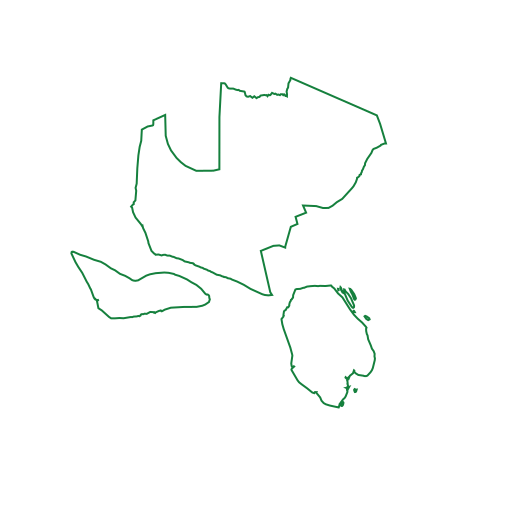 Bengkalis, Riau, Indonesia, rotated 156°
{"feature_id": "22746128B45456061674897", "entity_name": "Bengkalis", "entity_type": "district", "adm_level": 2, "iso_a3": "IDN", "parent_name": "Indonesia", "parent_adm1": "Riau", "projection": "equal_earth", "projection_center": [102.003, 1.525], "detail": "fine", "context": "isolated", "style": "outline", "palette": "green", "viewbox_px": 512, "rotation_deg": 156, "n_neighbors": 0, "source": "geoboundaries", "source_scale": "gbopen_adm2", "svg_char_len": 6111}
<svg xmlns="http://www.w3.org/2000/svg" viewBox="0 0 512 512"><g transform="rotate(156 256 256)"><path d="M350.0,351.9L349.5,350.6L350.5,346.0L350.4,340.1L348.1,331.6L347.8,329.4L347.4,329.6L347.8,327.3L347.6,322.1L348.5,313.2L349.0,311.5L349.4,303.2L348.1,299.7L347.2,298.4L347.2,298.0L344.4,297.0L342.0,294.9L340.4,294.8L338.5,294.1L336.9,292.5L334.6,291.4L332.6,289.3L331.6,288.7L329.5,286.3L327.7,285.2L326.0,283.5L324.6,282.1L323.4,280.1L320.0,277.6L319.1,276.6L316.6,275.1L316.1,274.4L316.3,274.2L315.9,273.2L315.0,272.0L312.0,269.2L311.2,268.1L309.5,266.8L309.0,265.8L306.5,263.5L305.6,262.1L304.2,261.0L303.3,259.5L302.5,258.9L299.5,254.9L296.6,252.9L295.2,251.2L293.9,250.2L293.8,249.8L292.3,249.0L291.4,248.1L291.1,247.4L288.5,245.6L287.6,244.3L283.7,240.4L278.9,234.7L274.4,228.2L265.8,218.5L263.8,216.8L260.7,215.0L257.2,213.9L257.7,217.1L249.5,258.7L236.0,258.2L230.4,256.2L225.9,251.8L225.3,252.9L212.3,268.5L205.1,268.4L203.9,275.7L192.6,275.2L192.5,283.0L180.7,277.1L175.3,272.6L170.2,270.4L165.6,270.8L160.3,272.3L154.0,273.1L140.8,278.9L138.6,280.0L134.9,282.7L132.5,285.2L131.8,286.4L130.7,286.4L129.0,287.0L128.3,288.0L126.9,287.9L126.3,288.9L125.1,289.8L124.5,290.8L123.1,291.7L121.0,293.8L119.6,294.6L118.6,296.4L114.8,299.5L108.7,303.2L106.4,305.4L105.1,306.0L101.7,305.8L97.3,306.2L96.6,306.7L93.0,306.5L91.5,305.9L88.9,326.2L88.4,335.3L151.7,404.6L152.6,403.7L153.1,402.7L156.1,400.5L158.2,396.8L159.4,396.0L161.1,393.9L161.9,391.1L162.8,389.3L163.2,389.9L164.0,390.2L164.1,391.4L164.6,392.3L165.7,391.9L166.1,393.0L167.7,393.7L168.7,393.2L170.0,394.5L171.1,394.6L172.2,396.4L173.3,396.5L175.0,398.5L177.4,397.2L177.9,397.2L179.0,398.2L180.5,397.3L180.9,398.7L181.9,399.0L182.8,399.7L186.6,400.7L188.1,399.9L189.7,400.3L191.3,400.0L192.6,402.6L194.9,402.0L196.3,404.5L198.5,404.7L199.7,405.6L200.2,407.1L199.6,410.4L199.7,410.9L203.6,413.5L204.3,414.8L205.4,415.1L206.8,416.2L208.6,418.1L212.0,419.7L213.0,420.5L213.4,421.3L213.9,425.1L214.4,426.5L217.5,428.0L232.9,397.8L254.2,350.1L260.3,351.3L275.9,358.1L283.7,367.0L286.5,372.3L288.7,377.9L290.7,387.0L290.9,394.2L289.6,402.5L281.6,421.8L294.6,421.7L296.2,418.2L296.8,417.4L297.4,417.3L302.3,418.4L308.9,417.9L314.0,407.9L317.9,403.0L322.5,395.8L328.7,384.5L335.6,370.6L338.3,367.2L338.9,364.3L343.6,355.8L345.9,354.8L346.6,353.1L347.6,353.0L350.0,351.9ZM242.2,84.1L241.9,84.6L241.5,84.5L240.3,86.1L239.6,86.3L237.8,87.9L234.8,89.6L232.9,90.2L231.3,91.2L228.0,94.4L227.4,95.4L227.5,95.9L226.8,98.3L227.3,98.9L226.3,98.7L224.7,100.1L224.4,101.6L224.5,102.0L224.1,102.3L223.3,104.7L223.4,105.1L222.8,106.2L223.7,108.5L223.4,108.8L222.7,107.4L222.2,107.0L221.2,107.4L221.1,106.4L219.0,108.4L215.1,109.4L213.0,111.7L212.8,111.3L213.2,110.4L213.2,109.6L212.6,108.2L210.9,105.7L206.5,102.9L206.0,102.3L204.3,101.5L202.9,101.4L198.7,103.2L196.6,104.5L194.8,106.2L189.9,112.5L189.0,114.1L188.6,116.1L187.4,118.4L187.2,121.2L187.8,124.2L187.5,127.5L187.4,134.3L186.4,138.1L186.5,139.6L185.9,142.5L185.0,144.8L184.2,145.5L184.4,146.7L186.1,152.0L188.6,157.4L190.4,162.5L191.8,168.9L193.9,183.1L196.3,188.5L197.7,194.5L199.2,197.4L199.2,198.3L199.5,198.6L204.7,200.3L209.7,202.7L211.5,203.2L214.4,204.8L218.3,206.2L221.8,207.3L225.1,207.4L225.6,207.7L229.0,208.0L232.4,209.3L233.7,209.3L238.0,205.1L239.1,202.9L240.4,202.4L240.9,201.8L241.9,201.7L242.9,200.5L243.8,200.1L245.3,198.2L245.8,197.1L247.4,196.0L248.3,196.5L251.0,194.5L252.1,194.5L253.0,194.0L254.9,191.0L254.9,190.4L255.2,190.4L255.6,189.5L258.4,188.0L259.7,183.0L260.4,178.0L261.9,158.3L263.0,151.4L263.3,150.2L267.5,143.5L268.2,141.0L268.0,139.8L266.3,139.9L266.1,139.5L269.0,138.6L269.8,137.9L269.9,137.2L268.6,125.5L268.0,123.1L266.6,120.4L263.1,114.3L260.1,108.4L258.6,107.0L257.5,107.7L256.2,107.1L256.6,106.8L254.9,100.7L255.0,97.2L254.0,94.1L252.5,92.1L249.3,89.3L242.2,84.1ZM322.1,232.3L317.7,233.1L315.8,235.2L315.7,236.7L315.1,238.4L315.1,239.2L315.8,240.5L316.9,240.9L317.7,242.2L319.4,248.3L322.2,253.8L325.7,258.3L328.6,262.7L334.2,269.0L337.5,271.8L338.3,273.0L342.7,276.2L346.5,278.2L354.6,281.1L360.3,282.4L364.2,282.7L373.6,281.7L376.3,282.4L377.9,283.4L379.0,284.4L380.6,287.1L383.6,291.1L387.5,295.0L390.6,300.3L393.6,303.8L396.9,309.5L400.1,313.8L405.5,318.4L411.5,324.7L416.1,328.6L421.0,334.1L421.7,334.2L422.1,334.7L422.8,334.6L423.6,333.4L423.4,323.8L422.8,318.4L421.6,311.3L421.1,301.4L420.7,298.5L420.6,293.4L420.4,292.9L421.0,284.6L420.9,282.8L420.6,282.0L420.2,282.1L420.0,281.1L419.0,280.3L417.5,280.0L419.6,279.5L421.2,272.4L419.0,269.0L415.0,260.0L413.7,258.0L410.4,256.5L406.0,254.9L402.3,253.0L395.3,251.2L393.9,250.5L392.4,250.4L389.5,249.3L387.9,249.1L387.0,248.4L385.7,248.6L385.1,249.3L383.8,249.3L382.7,248.7L381.2,248.6L379.4,247.6L375.4,247.9L372.5,246.4L372.2,245.7L371.7,245.9L371.2,245.0L370.5,245.3L367.0,245.3L365.3,245.0L365.1,244.5L364.9,244.7L364.1,243.8L361.1,244.1L354.8,243.4L342.6,238.8L331.0,233.7L325.3,232.4L322.1,232.3ZM189.3,188.6L189.8,188.4L190.2,187.0L190.4,178.1L189.3,171.3L188.8,169.5L188.2,169.1L187.4,169.3L186.7,170.4L186.5,171.1L186.4,178.7L187.2,183.8L188.6,187.4L188.7,189.3L189.1,189.6L189.3,188.6ZM183.7,187.9L183.9,184.8L183.6,181.8L183.9,176.7L183.6,175.9L183.0,175.8L182.0,176.6L181.9,177.3L181.8,181.2L182.7,186.1L183.3,187.6L183.7,187.9ZM179.6,151.8L178.0,151.9L177.9,153.1L179.5,155.8L180.6,156.9L181.4,156.7L180.9,153.8L179.6,151.8ZM221.0,92.9L221.0,91.5L220.4,91.3L219.7,91.5L218.4,93.0L219.1,93.2L220.0,94.3L220.8,93.8L221.0,92.9ZM237.8,86.9L238.1,85.5L238.3,85.1L238.7,84.8L239.1,84.7L238.8,84.2L238.2,84.0L237.1,84.6L235.8,86.3L235.8,86.9L237.0,87.2L237.8,86.9ZM191.8,192.8L192.1,190.6L191.8,187.5L191.3,186.8L191.0,187.3L191.6,189.8L191.3,192.6L191.5,193.2L191.8,192.8ZM237.8,86.9L238.5,86.9L239.3,86.1L239.5,85.4L239.2,84.8L238.2,85.3L237.8,86.9ZM189.3,166.9L189.0,164.8L188.6,164.6L188.7,165.8L189.3,166.9ZM224.4,99.9L226.1,98.1L226.1,97.7L224.8,98.8L224.4,99.9ZM194.4,192.6L194.7,191.2L194.7,190.3L194.1,192.4L194.4,192.6ZM224.9,98.4L225.6,97.9L225.6,97.4L224.3,98.4L224.9,98.4ZM236.2,88.6L236.8,88.4L237.7,87.9L236.7,87.8L236.2,88.6Z" fill="none" stroke="#15803d" stroke-width="2"/></g></svg>